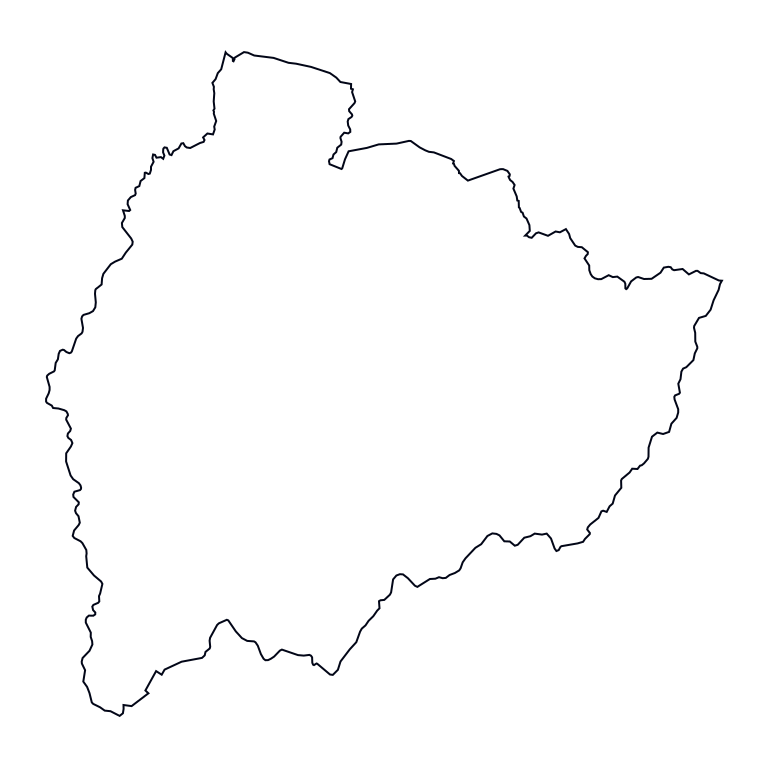 Mueang Lamphun, Lamphun, Thailand
{"feature_id": "78962969B31473304215935", "entity_name": "Mueang Lamphun", "entity_type": "district", "adm_level": 2, "iso_a3": "THA", "parent_name": "Thailand", "parent_adm1": "Lamphun", "projection": "natural_earth1", "projection_center": [99.055, 18.551], "detail": "fine", "context": "isolated", "style": "outline", "palette": "ink", "viewbox_px": 768, "rotation_deg": 0, "n_neighbors": 0, "source": "geoboundaries", "source_scale": "gbopen_adm2", "svg_char_len": 5987}
<svg xmlns="http://www.w3.org/2000/svg" viewBox="0 0 768 768"><path d="M352.9,89.3L351.0,88.7L351.1,84.0L340.4,82.0L336.3,77.6L329.9,73.1L311.0,66.9L296.1,63.7L288.5,62.8L273.6,57.9L254.2,55.5L247.9,52.7L244.0,52.1L235.0,57.5L234.2,58.2L234.5,59.2L233.5,61.3L232.9,61.0L232.8,58.0L226.8,53.8L225.6,52.3L221.2,69.3L217.8,73.1L215.6,79.1L212.4,82.9L213.9,86.8L213.7,89.2L214.3,93.2L213.7,101.5L214.5,108.7L213.4,110.4L214.0,111.8L213.8,113.7L216.2,121.0L214.2,126.6L214.7,129.5L213.0,134.4L207.4,133.5L203.1,137.4L204.5,140.0L203.6,141.9L200.0,143.0L190.2,148.0L186.8,147.5L185.0,146.2L183.3,143.2L181.4,143.5L178.6,148.4L173.4,151.2L171.5,155.1L169.6,154.5L166.8,147.8L164.5,147.4L163.4,148.6L163.2,149.8L163.1,152.4L164.4,155.6L163.2,158.8L160.9,157.1L156.5,157.7L155.0,154.9L153.1,154.5L152.4,158.1L153.6,161.8L151.0,166.7L151.0,169.9L149.8,173.6L148.4,174.0L145.8,172.6L144.8,172.8L144.4,178.1L140.6,181.0L139.3,186.1L135.6,187.8L135.1,189.9L135.7,193.5L135.1,195.1L130.8,197.1L127.9,200.5L127.6,204.2L130.2,210.0L129.1,211.0L123.0,210.3L124.8,215.9L124.8,218.0L121.9,223.0L122.3,227.1L131.2,238.5L132.7,241.7L132.3,244.6L125.8,252.6L121.8,258.7L115.1,261.6L110.8,264.2L103.4,273.8L102.1,278.2L101.6,284.5L95.8,289.1L95.3,290.2L95.0,293.8L95.8,302.4L95.3,307.3L93.0,311.1L89.3,313.2L83.5,314.9L82.1,316.4L81.4,318.8L83.0,327.9L82.5,331.8L81.6,333.4L78.0,336.1L76.2,338.6L71.8,351.5L70.8,352.7L69.3,353.2L66.4,352.0L64.0,350.0L62.7,349.7L60.0,350.9L58.7,353.8L57.9,359.3L55.7,362.9L54.7,370.4L54.0,371.4L49.2,373.8L47.2,375.6L46.8,377.0L49.6,386.9L49.6,390.0L48.7,393.3L46.1,398.7L46.1,401.6L47.0,402.9L51.8,405.6L53.1,408.0L58.4,408.5L64.3,410.2L66.4,411.4L67.7,413.8L68.0,415.2L66.3,418.0L66.2,419.7L70.9,428.6L70.2,431.0L67.9,433.5L67.4,436.1L68.3,437.9L71.1,440.0L72.4,443.1L70.9,446.5L66.2,453.3L66.1,461.5L70.6,475.5L73.2,479.2L78.9,483.2L80.5,485.4L81.1,487.6L81.0,488.9L80.0,490.1L74.4,491.7L73.2,494.6L73.5,497.0L78.8,502.3L78.6,504.3L76.1,506.9L75.1,510.7L76.0,513.2L78.5,516.2L79.8,522.7L78.7,525.0L74.1,530.5L72.7,535.9L74.3,538.0L80.6,541.3L82.4,543.1L86.3,550.0L86.6,553.5L86.2,556.2L87.3,567.6L94.0,575.5L101.1,581.5L102.4,583.9L100.1,593.6L99.0,596.1L99.3,601.4L98.2,602.8L93.4,604.9L92.3,606.6L93.1,610.1L95.3,612.5L95.2,614.4L93.3,615.7L88.9,615.6L86.7,617.5L85.8,619.7L85.8,622.6L90.8,632.6L90.7,636.9L92.1,641.1L92.4,644.5L89.5,650.8L82.6,658.0L81.7,661.6L81.9,663.6L85.1,670.2L83.3,681.6L87.1,686.9L89.5,693.1L91.8,702.4L93.2,703.9L100.1,707.3L104.7,710.6L110.5,711.2L119.6,715.9L122.9,713.3L123.6,708.9L123.5,705.0L131.6,706.1L148.4,693.3L145.4,690.5L156.1,671.1L161.7,674.7L164.6,669.6L181.6,661.7L202.0,657.9L204.7,655.4L205.5,651.9L209.7,648.5L210.2,646.8L209.6,640.7L210.1,637.8L217.1,625.0L218.9,623.3L226.8,619.8L228.3,620.4L235.8,631.4L241.9,638.1L247.2,640.9L254.0,641.4L255.5,642.3L257.8,645.7L260.9,654.1L263.6,658.8L265.4,660.2L268.1,660.1L270.8,658.8L274.1,656.6L279.9,650.6L281.9,649.6L298.0,655.1L303.8,655.6L309.4,654.9L311.0,655.7L312.1,657.3L312.3,662.8L313.1,664.7L314.0,665.1L316.5,663.5L317.3,663.8L330.0,674.5L332.8,674.9L337.9,669.8L340.5,661.5L349.8,649.3L356.3,642.2L360.1,631.6L361.8,628.6L365.5,625.4L368.6,620.8L373.3,616.2L377.2,610.6L379.5,608.3L379.0,601.2L380.4,600.3L384.3,599.9L389.9,594.7L391.1,592.4L393.1,579.4L396.4,575.5L399.9,574.2L403.0,574.4L407.9,578.2L414.9,585.7L417.3,586.9L429.9,579.0L435.4,578.7L439.0,577.2L442.7,578.2L445.8,577.9L449.6,575.0L454.9,573.0L459.2,570.4L460.6,568.3L462.7,562.3L465.5,558.3L475.4,547.8L481.2,544.2L487.4,536.0L492.3,533.4L496.5,533.9L499.5,535.4L504.3,541.3L509.8,541.5L514.8,545.7L517.7,544.8L524.3,537.7L530.4,536.2L534.7,533.6L542.0,534.6L546.7,533.6L551.0,538.5L554.6,548.5L556.4,551.0L558.7,550.1L560.4,547.0L561.4,546.2L577.6,543.4L583.1,541.8L585.0,538.9L589.7,534.2L589.9,533.0L587.2,529.5L587.8,527.4L590.2,524.5L598.5,517.9L601.4,511.4L603.1,510.7L606.7,511.9L609.6,506.3L612.7,503.6L615.0,495.5L621.3,487.8L621.1,480.5L621.8,479.0L629.6,472.5L632.2,468.7L637.5,469.0L640.0,465.7L641.8,465.2L644.0,463.4L647.9,458.8L648.5,456.7L648.6,447.6L652.0,436.7L657.3,432.6L663.1,434.0L669.1,431.9L671.4,423.7L676.6,417.9L678.2,412.5L678.2,409.2L674.6,399.5L674.3,396.9L675.1,395.4L679.1,393.8L679.9,392.7L678.3,383.7L680.5,379.2L681.4,371.6L683.1,368.6L686.3,367.2L693.4,360.1L694.8,353.4L697.3,348.3L697.3,346.8L695.3,341.6L695.2,332.8L694.0,327.8L694.2,326.0L699.0,317.9L705.8,315.9L710.6,309.7L713.6,300.3L718.6,289.9L720.0,284.1L721.9,280.7L718.9,280.5L703.8,273.4L700.7,273.1L697.6,270.9L695.9,270.9L688.9,274.4L682.6,269.0L674.1,270.2L672.3,269.4L670.7,267.2L668.3,266.8L663.8,267.6L660.5,272.7L651.6,278.8L644.0,279.0L638.1,277.0L636.2,277.5L631.1,281.4L627.2,288.4L626.2,289.1L625.4,288.4L625.3,283.7L624.4,281.7L617.3,276.6L612.8,277.1L608.7,275.2L601.3,279.1L598.0,279.2L594.8,278.3L592.3,276.5L590.7,274.1L589.3,270.2L589.2,265.5L584.5,258.4L586.0,255.8L587.7,254.1L587.9,252.2L581.8,247.2L577.8,246.9L575.2,245.6L570.2,238.1L569.1,234.0L565.9,229.1L559.9,232.3L555.6,231.5L548.0,235.8L538.6,232.4L536.0,233.3L531.7,237.8L529.0,237.2L527.0,235.6L525.2,235.6L529.8,230.9L529.4,225.1L526.5,218.5L523.9,216.5L522.6,212.7L521.1,211.9L519.6,207.9L518.9,207.4L518.7,200.9L517.3,200.5L516.7,196.4L513.4,188.6L514.6,185.0L512.6,182.0L510.1,180.0L508.8,177.4L508.5,176.5L509.6,175.9L509.8,174.3L507.4,170.9L503.0,169.1L500.1,169.2L467.9,180.6L462.0,176.0L460.0,173.2L459.0,173.1L458.9,170.8L454.6,165.9L453.9,163.8L453.1,163.5L453.9,161.0L451.2,159.0L433.9,152.4L428.9,151.8L425.2,150.3L419.7,147.4L410.8,141.0L408.9,140.9L396.6,143.6L378.7,144.4L366.9,147.9L348.6,151.3L345.0,159.3L342.2,168.4L341.5,169.0L329.6,164.2L329.0,161.2L329.5,159.5L332.5,158.2L333.5,154.5L336.2,152.1L337.3,147.7L341.2,144.6L341.6,141.8L340.4,138.0L340.6,136.8L344.2,132.7L348.2,133.4L350.3,131.9L350.2,129.4L348.2,125.5L347.7,121.5L348.4,119.1L351.5,117.0L352.3,115.7L352.0,114.4L349.2,111.2L349.0,109.2L354.5,103.1L355.2,101.4L352.1,92.1L352.9,89.3Z" fill="none" stroke="#020617" stroke-width="2"/></svg>